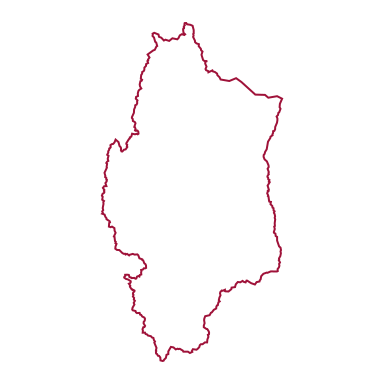 the district of Calingasta, San Juan, Argentina
{"feature_id": "61730980B6490927359782", "entity_name": "Calingasta", "entity_type": "district", "adm_level": 2, "iso_a3": "ARG", "parent_name": "Argentina", "parent_adm1": "San Juan", "projection": "orthographic", "projection_center": [-70.115, -31.449], "detail": "fine", "context": "isolated", "style": "outline", "palette": "rose", "viewbox_px": 384, "rotation_deg": 0, "n_neighbors": 0, "source": "geoboundaries", "source_scale": "gbopen_adm2", "svg_char_len": 6011}
<svg xmlns="http://www.w3.org/2000/svg" viewBox="0 0 384 384"><path d="M186.2,23.0L184.7,23.1L184.4,24.2L184.8,25.3L183.8,26.4L184.1,27.7L184.0,28.3L183.3,28.5L183.1,29.6L183.5,32.8L185.1,34.3L184.3,35.0L181.8,34.2L179.8,35.4L178.5,38.1L177.3,39.3L172.4,38.3L169.2,40.9L165.4,39.7L163.9,40.5L161.3,37.7L159.0,36.8L158.5,34.5L154.2,32.8L152.6,33.7L152.8,34.6L152.5,35.9L154.0,37.5L155.2,41.8L156.2,42.5L157.2,46.0L156.4,46.5L154.8,49.8L153.1,50.5L147.6,54.5L149.5,57.5L148.0,59.6L148.2,60.5L147.4,61.1L148.1,63.0L146.1,64.1L146.0,65.9L144.4,67.6L144.3,69.9L143.7,71.1L142.2,72.0L142.1,73.7L141.2,75.0L140.8,78.8L142.1,79.8L141.6,80.8L140.4,81.2L139.7,84.4L140.0,86.3L141.3,88.5L139.3,89.8L138.4,91.0L137.8,93.4L138.0,96.0L136.1,96.9L135.8,98.7L137.5,100.4L137.1,101.4L137.2,103.2L136.6,104.6L135.2,105.3L135.2,106.9L134.1,109.4L133.9,112.8L131.9,117.2L131.9,118.0L132.7,118.9L132.9,121.0L134.8,122.0L135.5,123.2L134.3,126.9L134.9,127.1L135.5,128.7L135.0,130.4L136.0,130.9L136.7,130.4L137.5,130.6L138.3,131.7L138.5,133.7L137.7,134.3L136.6,133.8L135.0,134.3L132.1,133.7L131.3,136.6L129.8,137.4L129.8,138.4L128.9,139.1L126.3,143.3L126.4,144.1L127.2,144.8L126.8,146.4L127.3,147.0L125.6,149.4L124.0,149.7L122.3,151.5L121.5,151.4L120.9,150.2L121.1,149.0L120.8,147.4L119.5,145.9L118.5,142.1L115.6,139.6L114.5,142.4L113.2,143.9L111.7,144.2L110.4,145.2L110.7,147.1L110.2,147.9L109.2,148.5L109.2,149.7L108.2,151.3L108.3,152.5L107.2,154.8L108.5,155.8L107.7,158.9L108.3,160.9L107.1,161.7L106.3,163.0L107.1,163.8L106.6,167.0L106.9,167.6L104.5,172.8L105.4,176.1L105.1,177.0L106.3,178.0L106.3,179.6L106.9,179.9L106.6,181.5L105.4,183.1L106.4,186.1L104.2,186.2L102.9,187.9L104.4,190.0L103.9,190.9L104.4,192.0L104.1,192.8L102.6,193.8L101.9,195.7L102.7,196.8L102.2,199.7L104.0,201.0L103.3,202.1L103.5,203.9L102.7,208.1L103.2,210.1L102.2,211.4L102.9,213.0L102.2,213.7L104.6,214.6L105.3,216.7L106.5,218.3L106.5,219.2L109.6,221.2L110.0,222.3L109.2,222.9L108.9,226.6L110.7,227.2L112.0,226.6L114.4,228.1L114.6,230.7L115.6,232.8L113.9,236.5L114.5,236.8L115.0,241.1L115.8,241.9L115.4,243.2L116.5,243.9L115.5,246.5L115.3,248.7L116.9,249.9L119.4,250.1L122.3,253.0L123.7,253.8L125.3,253.8L125.6,254.5L127.1,253.9L129.1,255.4L129.6,254.8L132.8,253.9L134.6,254.6L137.4,254.4L138.3,255.3L139.4,258.3L142.2,259.3L142.2,259.9L143.2,260.4L144.3,263.3L145.4,264.1L146.0,265.4L146.1,267.9L145.1,268.4L143.9,268.3L142.8,269.6L141.1,270.0L141.4,271.4L141.1,272.3L141.3,274.5L139.8,275.0L139.4,276.5L138.5,276.0L137.0,276.6L136.3,278.5L135.4,278.7L134.3,277.9L131.5,278.1L131.3,277.6L129.5,277.1L128.8,274.9L127.1,274.7L125.2,274.8L125.3,275.9L124.4,276.7L124.2,277.6L125.9,278.9L127.9,279.4L130.7,281.2L130.7,282.2L130.1,283.2L128.9,283.7L130.3,285.8L129.9,286.7L131.7,289.4L132.2,289.3L132.7,290.0L133.4,289.9L134.5,290.6L134.4,291.4L133.2,292.5L132.9,294.0L133.5,294.9L132.9,296.5L134.1,297.9L133.8,299.6L134.9,300.8L133.7,302.9L134.4,304.5L132.6,307.6L132.2,309.4L132.7,310.3L135.5,311.0L135.9,312.3L136.9,313.1L139.6,312.9L140.1,314.6L141.2,314.9L142.2,316.5L144.4,317.6L145.0,318.8L144.7,320.7L143.7,321.9L143.6,323.4L145.1,325.9L144.4,327.1L143.3,327.2L142.5,329.2L142.9,330.5L142.7,332.7L145.0,332.6L145.6,334.0L147.2,334.5L147.9,335.5L150.9,336.2L152.0,337.5L153.4,337.9L153.9,340.0L155.0,341.6L154.3,342.6L156.5,347.9L155.9,350.4L156.3,351.0L155.9,351.9L156.1,353.5L157.0,354.0L157.9,355.7L159.1,355.9L160.3,357.5L160.5,360.4L162.7,361.0L163.7,360.6L164.1,359.7L165.9,357.9L166.5,354.8L168.3,354.1L168.3,351.4L170.9,346.9L173.5,347.4L175.7,349.4L177.7,348.7L178.4,349.1L179.8,348.8L182.8,350.6L183.4,351.7L188.0,351.7L189.9,353.0L192.3,351.9L191.9,350.9L192.9,349.2L196.5,349.7L197.6,348.9L199.3,347.1L199.8,345.2L200.9,344.2L202.6,344.2L204.9,342.4L207.1,342.4L207.4,339.4L208.4,336.9L207.9,334.8L208.9,334.4L209.1,332.9L208.8,331.5L207.3,329.1L206.5,329.0L203.8,327.2L203.8,325.6L204.6,323.2L204.1,320.2L204.3,318.6L205.2,316.2L209.6,315.2L210.9,312.8L211.9,312.3L213.8,309.8L216.2,308.5L216.3,306.9L216.9,305.5L217.8,305.2L218.4,302.3L219.7,301.4L218.8,300.2L219.4,297.6L220.5,295.3L220.0,293.3L220.4,291.9L221.8,290.5L222.6,290.8L224.9,289.8L224.9,291.1L225.2,291.3L228.5,291.5L231.3,289.2L231.6,287.6L235.0,287.1L235.8,284.3L237.8,282.0L240.3,282.3L242.6,280.9L243.6,281.8L245.6,282.4L246.5,280.6L247.1,280.6L251.2,283.2L254.9,284.5L256.6,282.1L259.5,281.5L259.8,280.3L260.6,279.4L261.2,276.2L263.4,273.8L266.7,272.6L267.5,272.8L270.8,271.4L277.6,271.5L277.8,271.9L277.6,269.1L278.9,267.4L279.4,265.8L279.1,263.9L280.0,262.4L278.8,260.2L279.2,259.7L279.0,258.4L280.3,256.1L280.9,253.2L280.5,251.4L281.0,250.1L280.5,247.6L279.1,246.4L277.1,240.6L277.1,236.9L275.7,236.0L275.4,233.6L274.0,232.8L273.8,232.1L274.8,229.0L274.2,226.6L274.9,226.0L274.7,223.2L275.2,219.3L274.7,217.8L275.1,216.3L274.6,214.0L273.9,212.8L274.6,211.3L273.6,210.5L273.5,208.2L272.5,207.6L272.3,206.0L270.5,204.2L270.9,201.9L269.4,201.7L269.1,201.1L268.5,196.7L267.9,196.1L268.2,195.4L267.2,193.4L267.7,191.7L268.3,191.4L267.9,190.7L268.9,189.9L267.6,185.6L269.7,182.2L268.8,181.7L269.4,180.0L268.3,179.4L268.1,177.7L267.4,176.8L267.7,175.6L268.8,174.2L268.4,173.2L268.8,172.1L267.6,168.8L268.7,167.0L268.5,165.3L266.9,161.4L264.6,159.4L263.6,156.9L263.7,155.0L264.6,153.9L265.1,151.9L266.7,149.3L268.0,141.7L270.3,138.0L270.5,136.7L272.6,135.2L272.4,134.3L273.1,133.0L273.1,131.2L274.3,130.9L275.1,129.3L275.2,127.0L277.0,122.7L277.4,120.2L277.4,118.4L276.6,116.5L278.0,115.0L278.4,112.8L279.2,112.3L280.5,108.8L279.6,107.2L279.9,103.8L282.1,98.7L277.1,96.2L268.3,97.7L265.0,94.9L255.3,94.6L241.4,82.0L236.1,78.2L229.3,81.0L220.6,79.5L219.5,77.2L217.4,75.2L217.1,73.6L214.9,72.0L212.9,71.4L212.4,70.4L208.4,72.3L208.2,71.1L206.1,70.2L205.5,69.0L206.5,66.6L205.2,63.6L205.3,61.7L207.3,61.1L204.4,61.0L203.1,60.0L201.5,54.8L202.5,51.5L201.2,50.4L200.8,48.7L198.7,46.2L198.9,44.2L196.5,43.4L195.1,42.2L194.9,40.6L193.1,36.9L193.6,35.7L193.2,34.0L193.7,33.5L193.7,30.1L192.6,25.8L190.4,24.8L187.1,24.3L186.2,23.0Z" fill="none" stroke="#9f1239" stroke-width="2"/></svg>